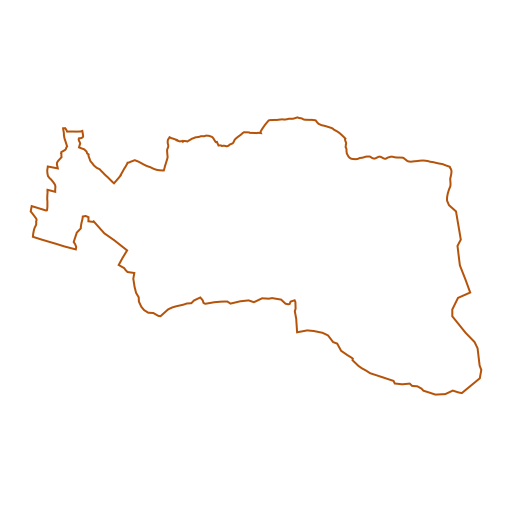 Dobarlau, Covasna, Romania (orthographic projection)
{"feature_id": "2599482B41369855432730", "entity_name": "Dobarlau", "entity_type": "district", "adm_level": 2, "iso_a3": "ROU", "parent_name": "Romania", "parent_adm1": "Covasna", "projection": "orthographic", "projection_center": [25.881, 45.721], "detail": "fine", "context": "isolated", "style": "outline", "palette": "amber", "viewbox_px": 512, "rotation_deg": 0, "n_neighbors": 0, "source": "geoboundaries", "source_scale": "gbopen_adm2", "svg_char_len": 5943}
<svg xmlns="http://www.w3.org/2000/svg" viewBox="0 0 512 512"><path d="M461.8,393.1L479.8,378.3L481.3,369.9L479.6,365.5L477.6,348.4L474.6,342.1L465.5,332.7L452.3,316.3L452.3,309.5L458.0,297.9L470.2,292.5L465.4,279.4L459.9,265.4L459.2,260.0L457.5,245.9L460.8,239.6L456.0,211.4L449.0,205.2L447.1,200.8L447.0,198.8L447.2,196.6L447.8,193.4L449.1,189.2L449.8,187.6L450.4,185.9L450.5,184.9L450.5,183.2L450.2,178.8L451.2,174.3L451.5,171.7L451.4,170.5L450.9,169.1L450.6,168.4L449.9,167.6L449.8,166.8L444.7,165.0L442.6,164.1L442.0,164.0L438.9,163.5L436.2,162.9L433.0,162.1L430.4,161.8L427.6,161.0L425.2,160.7L422.8,160.5L419.8,160.7L416.8,161.1L414.1,161.3L411.2,161.7L409.4,161.6L407.5,161.1L403.4,157.9L402.1,157.6L396.9,157.5L394.8,157.3L392.9,156.8L391.8,156.7L390.8,156.7L388.0,157.5L387.2,157.9L386.1,158.6L385.0,158.8L383.9,158.5L382.5,157.8L381.3,157.1L380.0,156.7L379.1,156.7L378.3,156.9L376.8,157.7L375.0,158.5L374.4,158.6L373.6,158.5L372.6,158.2L371.8,157.8L370.6,157.0L370.0,156.6L369.3,156.5L368.5,156.5L367.3,156.5L365.7,156.7L362.8,157.6L361.8,157.8L359.7,158.0L358.1,158.8L355.9,159.2L352.7,159.0L351.2,158.7L349.5,157.7L348.3,156.3L346.8,153.4L346.5,151.2L346.5,149.2L346.2,148.3L345.6,147.1L345.8,145.8L345.8,145.1L345.9,144.5L346.1,144.0L346.1,142.9L345.2,140.4L345.0,139.3L345.0,138.8L345.3,138.5L343.6,136.8L340.5,133.9L338.8,132.5L336.6,131.1L333.8,129.6L332.9,128.7L331.8,128.1L329.4,127.3L325.2,126.0L322.6,125.4L321.6,125.2L318.5,123.8L317.0,122.2L315.8,120.5L315.0,120.2L313.7,120.1L312.3,119.9L305.9,119.8L304.1,119.6L302.9,119.1L302.1,118.6L300.9,118.2L299.4,118.1L297.4,117.4L293.3,118.7L290.9,118.8L289.8,118.7L288.7,118.8L286.8,119.3L284.1,119.6L282.3,119.3L281.4,119.4L280.5,119.5L277.9,119.8L276.6,120.0L275.5,119.9L273.5,120.0L270.0,120.1L268.6,120.5L264.8,125.1L262.0,129.2L260.9,131.1L260.5,132.1L260.9,133.1L259.3,132.9L257.7,132.8L257.0,133.1L255.4,133.0L251.3,132.9L249.9,132.9L249.0,132.4L246.5,132.3L245.5,132.3L244.3,132.2L243.5,132.5L242.5,133.2L241.8,133.9L240.5,135.0L238.1,136.7L236.9,137.7L235.9,138.5L235.2,139.2L234.6,139.9L234.2,140.8L233.9,141.5L233.3,142.6L232.7,143.3L232.1,143.6L230.6,144.2L229.4,144.8L228.7,145.6L227.6,146.1L226.5,146.3L225.1,145.9L223.7,145.7L221.8,146.0L220.9,145.4L218.9,145.4L218.5,145.5L218.0,144.3L217.1,142.5L216.9,141.9L215.8,142.1L214.9,140.9L213.4,138.4L212.5,137.3L211.9,136.9L210.4,136.3L208.7,135.8L206.1,135.6L204.3,136.2L201.0,136.2L199.0,136.9L196.1,137.3L195.2,137.4L194.3,137.9L192.0,138.7L187.3,141.5L186.1,141.1L185.4,141.2L185.0,141.0L183.9,141.0L183.0,141.7L182.6,140.9L182.0,141.1L180.8,141.3L179.7,141.3L179.3,141.3L176.8,140.4L177.0,140.0L173.8,138.9L173.0,138.6L170.9,138.0L169.6,137.2L169.3,137.6L169.3,137.8L168.4,139.0L168.2,139.4L168.0,139.7L167.8,140.4L167.7,141.3L167.7,142.0L167.7,143.1L168.2,145.1L168.3,145.6L168.2,147.1L168.1,147.3L167.3,149.1L167.2,149.6L167.1,150.2L167.1,151.2L167.4,155.0L167.6,156.7L167.6,157.4L167.2,159.0L165.7,163.9L165.3,165.2L164.9,166.1L164.9,166.7L163.8,170.5L161.0,170.4L158.2,170.1L157.0,169.9L154.7,169.2L152.7,168.4L150.4,167.2L147.9,166.4L146.9,166.0L145.7,165.5L144.8,165.0L143.7,164.5L138.6,161.7L134.8,160.2L130.5,161.8L129.0,162.5L128.2,162.6L127.6,162.7L127.6,163.0L127.2,163.7L125.6,166.6L124.2,168.7L122.9,171.1L120.5,175.3L120.7,175.5L118.6,178.0L114.0,183.3L112.8,182.3L110.5,180.0L107.9,177.4L106.1,175.8L104.3,174.1L103.5,173.2L101.9,171.6L101.7,171.5L99.8,169.4L99.2,169.0L97.2,168.1L96.4,167.6L94.4,165.9L93.7,165.2L92.3,163.3L90.8,161.6L90.4,161.0L90.0,160.1L89.6,158.8L88.8,156.8L88.6,156.2L88.5,155.7L88.5,155.3L88.6,154.4L87.6,153.8L87.3,153.6L87.0,153.0L86.8,152.2L86.5,151.6L85.9,150.9L85.1,150.2L84.5,149.6L83.9,149.2L83.0,148.9L81.6,148.4L79.0,147.4L79.7,145.0L80.0,144.1L80.2,143.5L79.9,142.6L79.4,141.5L78.9,140.4L78.7,139.7L78.7,139.0L79.0,138.3L79.3,138.2L79.9,138.3L81.2,138.1L82.0,137.7L82.8,137.1L83.1,136.3L83.1,135.6L82.3,130.9L80.6,131.5L76.9,131.6L70.8,131.5L67.1,131.6L66.7,130.7L66.4,130.0L65.2,128.2L63.1,128.3L63.2,129.2L63.8,132.6L63.9,133.7L63.9,134.9L64.1,136.4L64.6,138.8L65.6,141.7L66.2,143.6L67.1,146.4L67.0,146.5L66.2,147.8L66.1,148.3L65.7,149.3L65.1,149.9L63.5,150.9L61.4,152.0L61.1,153.3L61.3,153.4L61.4,154.2L61.4,155.7L61.5,157.2L58.3,160.7L57.2,162.3L57.0,162.9L56.9,164.4L57.8,168.4L47.8,166.5L47.6,168.1L47.2,170.6L47.3,172.1L47.6,174.4L48.0,176.1L49.7,178.3L50.8,179.2L52.9,181.7L54.6,184.1L55.1,185.1L55.4,186.5L55.2,189.7L55.2,191.8L47.5,189.8L47.4,190.9L47.6,192.0L47.4,194.2L47.2,198.8L47.4,201.1L47.4,206.8L47.1,209.7L46.9,210.3L46.0,210.5L31.7,206.1L30.7,211.4L33.7,215.2L35.6,217.8L36.4,219.0L36.6,220.0L36.2,221.3L36.1,221.9L36.3,222.6L36.1,224.8L34.5,228.1L33.9,230.2L33.2,233.7L32.9,236.8L42.0,239.7L49.1,241.8L56.3,243.9L64.2,246.4L75.8,249.4L76.2,246.9L75.1,244.1L73.7,242.0L76.8,232.6L80.8,228.4L80.9,226.2L81.5,222.9L82.4,219.3L82.8,216.5L85.7,216.0L88.5,217.2L88.4,221.3L93.3,221.9L93.7,221.4L101.0,229.6L104.3,233.3L114.3,240.3L127.1,250.4L122.5,258.0L118.7,265.0L124.3,268.2L125.5,270.0L127.5,272.0L134.3,273.0L133.3,278.8L134.6,287.0L136.1,292.9L138.7,297.3L138.9,301.6L141.4,306.9L144.1,310.1L148.2,312.7L153.3,313.0L158.4,315.9L160.5,316.2L168.1,309.4L172.1,307.5L176.1,306.3L183.3,304.7L186.8,303.5L191.3,303.2L194.1,300.4L200.3,297.5L202.7,300.3L203.5,302.9L205.2,303.8L214.5,302.2L221.8,301.6L227.3,301.5L230.5,303.6L240.2,301.3L248.6,300.4L253.9,302.2L262.1,298.3L268.8,298.7L272.1,298.1L281.1,299.6L285.5,303.7L288.2,304.3L289.6,304.0L290.6,301.6L294.6,300.3L295.4,302.1L295.6,308.7L294.8,311.2L296.2,318.7L297.1,332.3L307.2,330.4L313.7,331.0L322.5,332.8L328.0,335.4L333.1,342.1L337.2,343.6L341.1,350.8L347.5,355.2L349.5,356.4L352.0,358.0L352.8,358.7L352.5,360.2L358.3,365.8L362.0,368.4L365.6,370.3L370.1,373.2L393.5,380.9L394.8,383.5L402.3,384.3L409.7,383.6L412.1,385.9L417.3,386.3L421.5,388.6L423.4,390.7L430.6,393.0L435.4,394.6L445.3,394.1L452.8,390.6L458.7,392.5L461.8,393.1Z" fill="none" stroke="#b45309" stroke-width="2"/></svg>